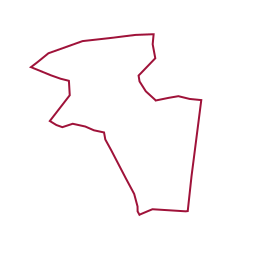 Leslie Land, Castries, Saint Lucia (Mercator projection), rotated 165°
{"feature_id": "8701671B53611878651636", "entity_name": "Leslie Land", "entity_type": "district", "adm_level": 2, "iso_a3": "LCA", "parent_name": "Saint Lucia", "parent_adm1": "Castries", "projection": "mercator", "projection_center": [-60.987, 14.008], "detail": "fine", "context": "isolated", "style": "outline", "palette": "rose", "viewbox_px": 256, "rotation_deg": 165, "n_neighbors": 0, "source": "geoboundaries", "source_scale": "gbopen_adm2", "svg_char_len": 701}
<svg xmlns="http://www.w3.org/2000/svg" viewBox="0 0 256 256"><g transform="rotate(165 128 128)"><path d="M50.0,136.0L60.9,140.1L71.1,145.7L80.9,146.6L94.2,147.4L94.5,148.2L101.3,158.8L104.8,170.0L104.2,175.9L83.6,188.3L82.6,201.1L82.5,202.5L79.0,211.9L80.5,212.3L96.8,216.0L122.5,219.6L149.4,223.7L185.5,220.8L198.7,214.9L206.0,211.9L188.9,198.9L180.3,193.0L172.9,188.9L173.1,187.7L175.8,174.7L201.7,155.0L196.4,149.4L191.2,145.8L180.3,146.4L168.9,140.5L161.5,134.6L152.3,129.9L152.9,122.8L150.0,111.0L143.1,79.8L139.1,62.7L139.1,49.7L140.3,45.0L139.4,41.2L138.6,41.4L130.0,42.6L125.4,43.2L93.9,32.6L91.8,32.3L79.0,65.3L72.7,80.6L50.0,136.0Z" fill="none" stroke="#9f1239" stroke-width="2"/></g></svg>